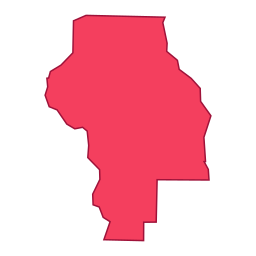 Berrien, Georgia, United States of America (Natural Earth projection)
{"feature_id": "52423323B24042566063234", "entity_name": "Berrien", "entity_type": "district", "adm_level": 2, "iso_a3": "USA", "parent_name": "United States of America", "parent_adm1": "Georgia", "projection": "natural_earth1", "projection_center": [-83.246, 31.251], "detail": "fine", "context": "isolated", "style": "filled", "palette": "rose", "viewbox_px": 256, "rotation_deg": 0, "n_neighbors": 0, "source": "geoboundaries", "source_scale": "gbopen_adm2", "svg_char_len": 633}
<svg xmlns="http://www.w3.org/2000/svg" viewBox="0 0 256 256"><path d="M205.5,161.5L203.9,137.3L210.9,115.8L200.6,101.4L200.2,88.4L191.2,78.4L179.2,69.4L177.4,60.3L166.7,51.4L167.1,43.2L162.8,22.6L165.0,17.2L86.0,15.4L73.5,20.8L72.9,52.8L61.0,65.1L50.4,71.5L48.6,78.0L46.9,78.2L47.7,86.9L45.1,95.2L49.2,106.7L57.1,109.9L66.8,124.1L74.8,128.8L82.6,127.3L87.2,131.1L88.7,145.4L87.8,157.6L99.6,169.7L99.9,179.4L92.7,194.2L93.1,204.8L99.2,207.0L103.2,217.4L110.1,221.7L103.9,239.7L143.6,240.6L143.7,222.2L156.2,222.1L157.1,179.7L209.0,180.0L208.3,169.4L204.1,161.6L205.5,161.5Z" fill="#f43f5e" stroke="#9f1239" stroke-width="1.5"/></svg>